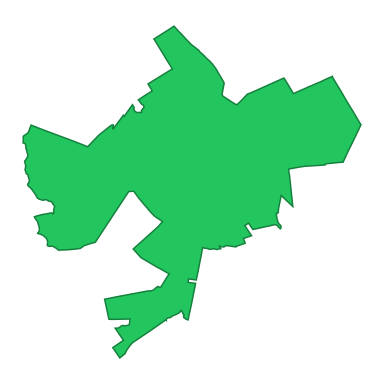 the district of Botoroaga, Teleorman, Romania
{"feature_id": "2599482B64506943776635", "entity_name": "Botoroaga", "entity_type": "district", "adm_level": 2, "iso_a3": "ROU", "parent_name": "Romania", "parent_adm1": "Teleorman", "projection": "orthographic", "projection_center": [25.528, 44.138], "detail": "fine", "context": "isolated", "style": "filled", "palette": "green", "viewbox_px": 384, "rotation_deg": 0, "n_neighbors": 0, "source": "geoboundaries", "source_scale": "gbopen_adm2", "svg_char_len": 5824}
<svg xmlns="http://www.w3.org/2000/svg" viewBox="0 0 384 384"><path d="M58.9,250.1L58.8,249.9L62.8,250.0L69.0,249.7L76.4,249.0L80.4,248.4L84.1,245.7L89.4,243.9L95.3,242.3L123.6,199.3L128.0,192.7L128.8,191.5L133.8,191.3L138.9,198.3L143.5,203.8L151.3,212.9L154.8,216.4L162.5,221.5L158.2,226.6L133.2,249.0L141.0,257.7L157.0,267.1L169.1,273.8L160.6,287.3L160.3,287.5L158.0,286.5L156.1,287.6L153.6,289.9L151.5,290.8L148.1,290.9L120.2,296.1L104.6,299.2L108.9,319.2L111.9,319.4L130.0,319.0L129.9,320.5L129.2,325.1L124.3,325.9L123.5,325.4L121.5,325.8L118.6,328.0L115.2,328.2L122.8,339.4L123.5,340.3L112.8,347.6L119.8,357.9L120.2,357.6L125.0,353.7L126.7,350.2L130.1,345.4L131.8,343.5L132.9,342.5L140.5,337.3L151.8,329.7L163.3,321.6L164.4,321.0L164.8,320.4L165.5,320.2L166.2,320.5L166.1,319.9L166.5,319.2L167.1,318.4L167.8,317.9L169.5,317.7L170.7,317.5L171.6,316.6L172.2,316.2L172.7,315.8L173.1,315.7L173.9,315.4L174.6,314.8L175.5,314.8L176.3,314.3L178.5,313.3L179.2,312.8L179.8,312.1L180.2,311.9L180.3,311.7L180.2,311.4L180.4,311.0L180.8,310.5L181.2,310.4L181.5,310.7L181.6,311.0L182.3,311.8L182.3,312.1L182.7,312.8L183.0,313.9L183.4,314.4L183.9,314.8L183.9,315.4L183.5,316.5L183.8,317.5L184.2,317.9L185.9,319.1L186.5,319.3L186.9,319.6L188.1,319.9L188.7,317.0L189.6,312.4L190.0,311.5L190.1,310.4L191.0,306.4L195.6,283.4L188.1,282.4L188.5,278.9L196.3,280.0L197.5,273.9L198.0,271.9L199.9,261.8L200.6,258.6L202.6,247.7L203.0,247.9L206.8,248.4L207.6,248.6L208.0,248.8L209.0,249.2L210.1,249.3L212.2,249.1L213.2,248.8L214.1,248.7L214.2,248.9L216.8,249.5L217.7,249.3L219.5,248.8L220.7,248.7L220.4,248.2L219.8,247.1L219.4,245.9L219.6,245.8L220.0,246.4L220.4,246.8L222.2,246.8L223.2,247.0L223.5,247.0L224.1,246.8L225.8,245.8L226.5,245.6L235.8,246.9L235.8,246.5L236.0,246.4L237.3,246.0L242.9,244.0L243.8,243.8L244.4,243.5L245.1,243.4L245.2,243.2L244.5,241.1L243.9,240.0L243.5,238.5L251.6,235.7L244.8,225.6L248.2,223.4L248.6,223.2L249.8,224.9L250.6,226.2L253.0,229.5L264.7,226.9L269.9,225.8L275.1,224.6L275.6,224.7L276.9,225.5L277.6,225.8L278.5,227.2L280.3,228.8L280.6,228.7L280.8,228.3L280.7,227.5L281.1,226.7L281.1,226.2L280.4,225.2L279.1,223.9L278.2,222.6L277.9,222.0L277.7,220.9L277.0,218.8L276.8,216.7L276.5,215.5L276.5,214.6L276.4,213.3L277.1,213.2L278.3,212.7L278.3,211.6L278.5,209.4L278.6,208.3L281.2,195.5L292.8,206.5L289.5,175.1L289.0,172.8L288.6,169.1L300.4,166.9L304.8,166.3L324.9,165.0L325.3,164.9L325.7,164.0L326.6,163.7L340.8,162.3L343.1,162.2L343.6,161.1L347.3,153.1L348.5,150.5L353.8,139.8L358.9,129.2L360.3,126.2L361.0,124.5L360.7,124.3L360.2,123.6L354.1,113.2L349.0,104.9L344.7,97.7L340.8,90.8L338.3,86.9L335.5,82.2L332.8,77.6L332.3,76.3L330.8,77.1L326.9,78.7L321.4,81.4L309.2,86.6L293.4,93.6L286.9,82.7L284.2,78.3L284.0,78.1L283.7,78.1L270.5,84.0L253.6,91.6L247.5,94.2L247.4,94.1L247.1,94.4L245.9,95.7L241.1,100.8L238.4,103.4L237.0,104.6L236.6,104.9L229.1,100.3L229.2,100.2L223.0,96.2L222.6,95.6L222.2,94.6L222.1,94.2L222.2,93.6L224.0,83.9L224.1,83.3L224.0,82.6L220.9,77.2L217.9,72.2L216.1,69.0L212.5,64.1L209.1,60.5L207.4,59.1L205.4,57.1L203.1,54.7L199.8,51.8L199.4,51.3L199.0,50.6L198.7,50.3L198.2,49.7L197.6,49.3L197.1,49.1L195.4,47.6L194.3,46.9L191.9,45.0L190.9,44.1L186.4,39.5L180.9,33.5L178.4,31.1L174.0,26.1L169.4,29.2L153.9,39.0L156.1,42.4L160.1,49.1L161.9,51.9L165.6,58.1L172.3,68.9L148.0,83.9L149.2,85.9L152.2,90.9L143.0,96.7L138.3,99.9L138.8,100.2L139.0,100.6L140.0,101.8L140.1,102.4L140.8,103.1L141.2,103.7L141.8,104.3L143.4,105.3L143.6,105.6L143.9,106.2L144.0,106.5L144.0,107.1L143.7,107.7L143.5,108.1L143.0,108.4L142.6,109.3L141.9,109.8L141.7,110.1L141.5,110.4L141.5,111.1L141.6,112.3L141.6,112.5L141.2,112.5L139.8,112.4L137.0,112.5L136.7,112.4L135.1,111.4L134.9,111.2L134.4,110.5L134.0,109.2L133.9,108.5L134.2,107.7L132.5,104.7L130.8,107.0L126.0,113.8L124.1,116.4L123.9,116.5L123.2,115.3L121.5,117.8L115.4,125.9L113.2,129.0L112.8,128.6L112.6,127.8L112.7,127.5L112.8,127.3L112.9,127.0L113.3,126.2L113.3,125.2L113.2,124.9L111.8,125.0L111.1,125.5L110.9,125.5L99.3,134.7L96.6,137.4L87.7,146.7L73.1,141.0L40.7,128.9L31.1,125.1L30.4,126.7L29.2,130.4L28.3,132.2L27.7,133.0L27.1,133.6L23.6,135.9L23.4,136.2L23.2,137.1L23.4,139.5L23.0,142.9L25.0,143.4L25.5,144.7L25.9,146.4L25.9,148.5L26.1,149.1L26.5,149.9L26.8,150.9L27.0,152.3L27.8,154.7L27.9,155.2L27.7,156.1L27.2,157.4L25.6,160.0L24.7,161.1L24.6,161.5L24.7,162.1L25.0,162.8L25.7,165.9L25.7,166.5L25.2,168.7L25.1,169.6L25.1,170.0L25.7,171.6L26.1,173.0L26.2,173.5L27.7,174.7L28.0,175.1L28.1,175.4L28.2,176.2L28.5,177.4L29.3,180.0L29.4,181.1L29.2,181.6L28.7,182.8L27.6,184.2L27.6,184.8L28.4,186.1L29.5,187.2L30.0,187.5L30.8,188.1L31.0,188.5L31.3,189.0L32.5,190.1L33.1,191.3L34.4,192.9L34.8,193.3L34.9,193.9L35.8,195.1L36.1,195.8L36.5,196.5L37.1,197.7L37.2,197.8L39.2,199.2L40.3,199.4L41.1,199.8L41.8,199.9L42.7,200.3L43.6,200.2L44.0,199.9L45.2,199.7L46.6,199.7L46.8,200.0L48.6,201.1L49.4,201.2L50.3,201.5L50.9,201.4L51.3,201.5L51.5,201.7L52.2,202.8L52.9,203.4L52.9,203.7L52.9,204.1L53.0,204.4L53.6,204.8L53.8,205.2L54.0,205.5L54.4,206.0L54.6,206.3L54.6,206.7L54.4,207.5L54.0,208.2L54.0,208.6L53.9,209.0L53.9,209.6L53.6,210.0L53.7,210.8L53.6,211.3L53.7,212.9L53.8,213.1L53.0,214.0L52.7,213.9L52.1,213.2L51.8,212.9L51.2,212.9L50.5,213.0L45.7,214.0L43.5,214.3L41.7,214.7L35.3,216.4L34.4,216.8L34.7,217.2L34.7,217.7L35.0,218.1L35.9,219.3L37.6,221.8L38.1,223.8L39.1,226.7L39.4,228.9L39.3,230.6L39.2,231.0L38.8,231.8L37.7,233.0L37.6,233.3L38.9,233.9L40.3,234.1L40.8,234.3L41.4,234.7L42.1,235.0L43.1,235.5L43.9,236.0L46.0,238.1L46.6,238.6L46.9,239.6L47.0,239.9L47.1,240.2L47.4,240.7L47.6,241.8L47.7,242.4L47.6,243.1L47.2,245.2L47.3,245.5L47.5,245.7L48.9,246.3L49.6,246.4L51.8,246.1L52.8,246.3L53.1,246.4L53.6,246.8L54.2,246.9L54.4,247.1L54.6,247.4L55.0,247.5L55.3,247.8L56.4,248.4L57.3,249.1L57.7,249.7L58.9,250.1Z" fill="#22c55e" stroke="#15803d" stroke-width="1.5"/></svg>